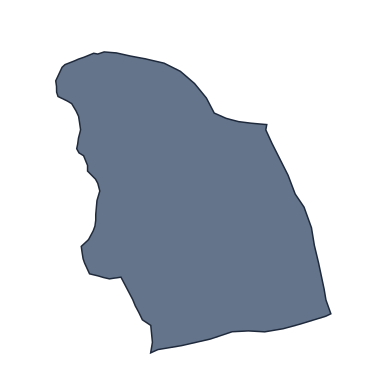 Akoko South East, Ondo, Nigeria, rotated 171°
{"feature_id": "59680162B2512996274201", "entity_name": "Akoko South East", "entity_type": "district", "adm_level": 2, "iso_a3": "NGA", "parent_name": "Nigeria", "parent_adm1": "Ondo", "projection": "equal_earth", "projection_center": [5.93, 7.423], "detail": "fine", "context": "isolated", "style": "filled", "palette": "slate", "viewbox_px": 384, "rotation_deg": 171, "n_neighbors": 0, "source": "geoboundaries", "source_scale": "gbopen_adm2", "svg_char_len": 1336}
<svg xmlns="http://www.w3.org/2000/svg" viewBox="0 0 384 384"><g transform="rotate(171 192 192)"><path d="M256.9,344.1L263.5,343.0L267.4,344.4L277.6,342.0L283.4,341.0L287.5,339.9L292.5,338.8L297.5,337.7L300.8,335.5L309.2,323.1L309.3,317.5L310.1,311.8L309.4,307.3L301.1,301.5L297.0,298.1L293.8,290.1L292.2,284.5L292.2,278.8L292.3,270.9L293.5,268.0L295.7,263.0L297.4,257.3L299.1,252.8L297.5,248.3L293.4,244.8L291.0,234.6L291.9,229.0L287.3,222.6L285.3,219.8L283.7,215.3L282.9,207.4L287.2,198.4L288.9,191.6L290.6,184.8L291.5,179.2L293.2,173.5L295.7,169.0L299.1,164.5L301.6,161.2L306.6,157.8L309.9,155.6L310.0,149.9L310.0,143.1L309.2,138.6L306.0,127.2L297.8,123.8L292.8,121.4L287.1,119.1L282.1,119.1L279.6,119.0L275.5,119.0L267.4,95.1L265.8,88.3L263.4,81.5L261.0,73.5L253.6,66.7L254.6,49.7L258.0,39.6L250.3,41.7L226.3,41.9L196.9,43.9L174.2,47.7L163.9,46.6L158.1,46.0L142.0,42.5L123.3,42.7L106.0,44.6L92.6,46.5L79.2,48.4L73.9,50.0L76.3,62.8L76.6,64.5L76.7,75.3L78.1,102.2L79.5,120.1L79.6,138.0L83.7,159.5L84.9,162.1L90.4,173.8L94.5,193.5L105.4,227.5L109.4,241.8L107.6,246.9L110.1,247.5L122.8,250.7L134.9,254.2L142.5,257.5L146.9,259.5L155.7,265.2L157.7,266.5L163.1,282.6L172.5,298.7L184.6,313.0L199.4,323.6L216.2,330.4L216.8,330.7L221.7,332.4L231.5,335.9L244.9,341.2L256.9,344.1Z" fill="#64748b" stroke="#1e293b" stroke-width="1.5"/></g></svg>